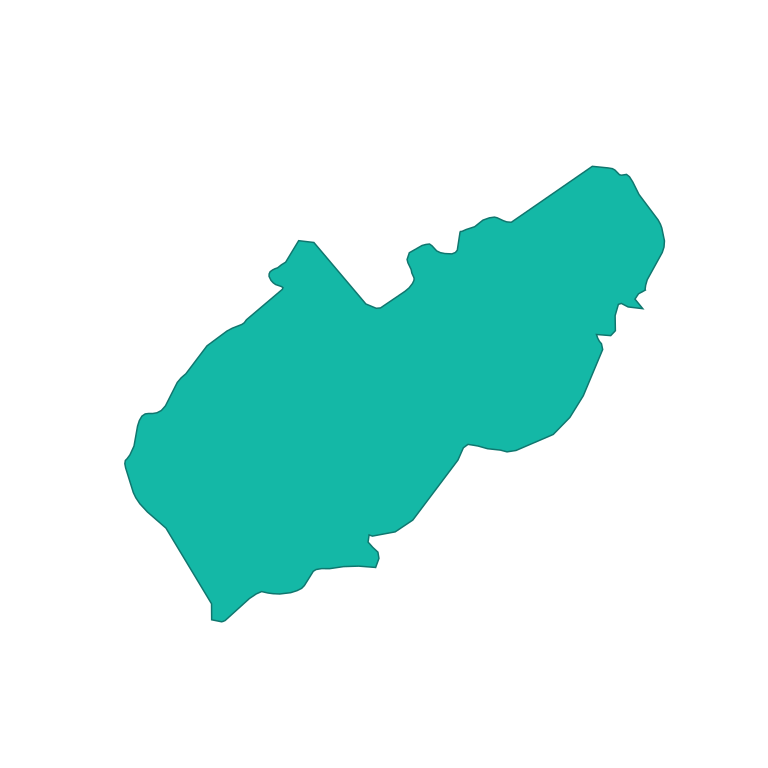 SVG path tracing the border of Viroviticko-Podravska, rotated 110°
{"feature_id": "HRV-1606", "entity_name": "Viroviticko-Podravska", "entity_type": "County", "adm_level": 1, "iso_a3": "HRV", "parent_name": "Croatia", "parent_adm1": "", "projection": "orthographic", "projection_center": [17.571, 45.727], "detail": "fine", "context": "isolated", "style": "filled", "palette": "teal", "viewbox_px": 768, "rotation_deg": 110, "n_neighbors": 0, "source": "natural_earth", "source_scale": "10m", "svg_char_len": 2067}
<svg xmlns="http://www.w3.org/2000/svg" viewBox="0 0 768 768"><g transform="rotate(110 384 384)"><path d="M206.3,170.5L212.2,175.7L218.4,177.2L224.7,166.6L228.1,181.0L227.1,188.5L229.0,191.0L240.7,190.2L254.8,184.8L261.0,187.5L264.8,201.3L267.9,198.8L270.2,196.2L271.8,193.4L276.8,190.3L326.9,192.7L351.8,197.9L373.5,207.7L401.3,237.2L405.7,245.2L406.3,252.0L409.4,264.6L410.1,274.3L410.9,278.8L412.0,284.4L416.8,287.6L430.2,288.5L502.0,310.4L519.1,322.9L530.9,342.9L530.9,346.4L538.0,344.9L541.3,338.8L544.1,332.2L549.6,329.1L559.3,329.1L559.4,329.7L563.8,345.5L569.4,359.5L576.1,371.9L578.8,379.5L581.6,384.4L584.2,386.4L600.7,389.9L604.2,391.5L607.9,395.0L612.0,400.3L617.0,410.2L619.0,416.6L620.1,421.7L620.9,428.0L624.9,432.2L631.6,437.1L660.6,452.4L662.2,454.1L663.0,455.3L664.5,465.3L649.5,470.9L594.0,539.6L585.2,562.5L580.1,572.4L575.8,578.3L571.8,582.4L551.2,598.1L547.5,600.3L544.3,600.9L542.2,599.9L537.5,598.5L527.8,597.7L507.8,601.2L502.0,601.4L497.0,600.5L493.8,598.2L492.2,595.1L490.9,591.4L488.7,587.5L485.1,584.2L479.3,581.9L453.2,578.8L447.3,576.6L442.2,573.7L408.7,563.4L387.8,549.6L383.4,545.6L376.6,537.9L374.3,536.3L370.6,535.2L329.8,511.9L328.0,511.9L327.5,513.8L327.6,519.9L326.8,522.7L325.3,525.6L322.2,528.8L319.8,529.6L317.4,529.4L314.9,527.7L313.0,525.9L311.2,523.7L307.1,521.2L303.2,518.1L278.5,513.2L275.0,498.3L315.0,428.4L315.5,417.2L313.7,413.3L289.6,395.9L285.1,393.3L279.8,391.6L276.3,391.3L274.1,392.0L270.2,395.8L267.1,397.7L262.0,402.9L259.1,404.9L252.0,405.1L240.8,395.6L238.5,392.3L236.9,389.1L237.7,386.2L240.9,380.0L241.3,376.0L240.6,371.4L238.5,364.7L236.0,361.9L233.2,360.9L215.7,364.4L214.6,364.4L213.9,362.9L210.7,359.6L205.2,352.6L196.2,347.1L191.8,341.8L189.4,337.3L189.1,334.5L189.7,327.9L189.7,324.2L188.5,319.7L108.2,262.7L104.3,247.3L103.5,243.0L104.0,240.1L106.8,234.3L106.6,232.3L104.1,227.8L105.3,224.2L109.1,219.3L118.7,209.2L136.1,182.5L139.3,178.9L142.4,176.3L153.6,169.4L159.6,167.7L165.3,167.5L196.0,172.3L201.7,171.9L205.8,171.0L206.3,170.5Z" fill="#14b8a6" stroke="#0f766e" stroke-width="1.5"/></g></svg>